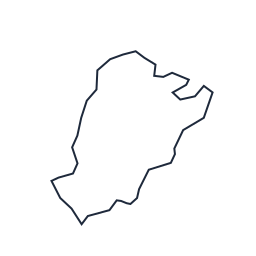 the border of Beverinas, rotated 335°
{"feature_id": "LVA-5783", "entity_name": "Beverinas", "entity_type": "Municipality", "adm_level": 1, "iso_a3": "LVA", "parent_name": "Latvia", "parent_adm1": "", "projection": "mercator", "projection_center": [25.601, 57.529], "detail": "fine", "context": "isolated", "style": "outline", "palette": "slate", "viewbox_px": 256, "rotation_deg": 335, "n_neighbors": 0, "source": "natural_earth", "source_scale": "10m", "svg_char_len": 653}
<svg xmlns="http://www.w3.org/2000/svg" viewBox="0 0 256 256"><g transform="rotate(335 128 128)"><path d="M140.9,58.1L154.5,59.3L167.4,61.7L172.5,71.3L179.7,82.2L173.8,91.8L181.6,96.6L191.3,96.6L203.5,109.9L199.0,113.5L183.5,114.7L187.4,124.3L202.1,127.6L214.5,121.9L219.7,131.5L201.0,150.8L177.1,153.2L161.3,166.2L159.5,171.5L152.1,177.7L129.2,174.6L112.2,188.1L106.6,195.3L98.1,197.9L95.0,195.6L90.9,191.2L87.2,188.8L76.5,194.6L54.4,190.8L45.3,195.6L42.8,177.2L37.0,162.8L36.3,143.6L44.1,143.6L58.9,146.0L67.3,138.7L69.2,121.9L78.9,113.5L89.9,99.0L102.2,85.8L115.7,79.8L124.6,62.8L140.9,58.1Z" fill="none" stroke="#1e293b" stroke-width="2"/></g></svg>